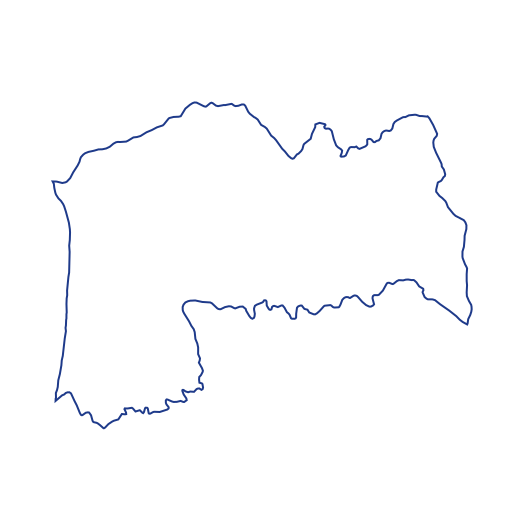 El Porvenir, Atlántida, Honduras (Albers equal-area conic projection), rotated 265°
{"feature_id": "27666195B30019857874789", "entity_name": "El Porvenir", "entity_type": "district", "adm_level": 2, "iso_a3": "HND", "parent_name": "Honduras", "parent_adm1": "Atlántida", "projection": "albers", "projection_center": [-86.935, 15.658], "detail": "fine", "context": "isolated", "style": "outline", "palette": "blue", "viewbox_px": 512, "rotation_deg": 265, "n_neighbors": 0, "source": "geoboundaries", "source_scale": "gbopen_adm2", "svg_char_len": 6080}
<svg xmlns="http://www.w3.org/2000/svg" viewBox="0 0 512 512"><g transform="rotate(265 256 256)"><path d="M348.0,59.9L345.5,60.9L341.5,61.0L336.6,61.6L334.6,62.1L330.6,64.2L327.9,66.5L324.5,68.4L322.3,69.2L316.7,70.5L305.5,72.5L298.9,72.9L295.6,72.8L288.1,71.9L282.6,70.8L276.3,70.7L255.8,68.4L251.5,67.3L238.1,64.8L233.4,64.5L230.3,63.7L224.7,63.0L216.2,62.5L214.6,62.1L210.3,61.7L208.9,61.3L203.4,60.6L201.0,60.0L197.7,60.1L190.6,58.3L173.3,54.8L169.0,53.4L164.1,52.6L155.4,50.3L149.4,48.2L142.8,47.1L139.8,46.1L137.0,44.7L132.3,44.4L131.4,44.0L129.1,43.7L134.1,50.7L134.8,52.9L136.1,54.5L136.6,56.3L136.5,58.2L135.5,59.5L134.8,59.9L127.3,62.6L122.9,64.4L115.1,66.8L113.1,67.7L112.6,68.4L112.6,69.2L114.7,72.8L114.9,74.9L114.6,76.1L111.7,77.8L106.2,78.8L105.2,79.2L104.6,79.9L103.7,82.7L103.1,83.7L101.2,85.8L97.7,89.1L97.7,89.7L98.3,90.8L101.4,94.3L103.6,98.3L104.3,100.1L105.2,104.6L110.3,108.6L109.7,111.7L109.8,112.9L111.4,112.9L114.9,111.6L115.6,112.0L115.3,114.8L115.6,119.1L114.8,120.1L111.6,122.4L112.5,126.8L109.7,129.2L109.3,129.9L110.3,130.8L114.0,132.2L114.5,132.8L114.4,133.8L114.2,134.5L113.5,134.9L108.8,135.4L108.2,135.9L108.2,137.0L109.4,139.6L109.7,140.9L109.0,146.5L110.8,154.3L111.7,155.6L112.3,155.8L113.2,155.7L115.9,153.9L117.6,153.4L120.0,153.6L120.9,154.4L120.7,155.4L118.4,159.6L117.8,161.2L117.6,164.3L118.2,168.3L117.0,170.7L116.8,171.7L118.4,174.4L120.2,174.2L124.3,171.9L127.9,170.9L128.7,170.9L129.0,171.2L128.9,172.1L127.3,173.9L126.2,176.5L126.7,178.7L126.1,182.4L128.6,185.2L129.0,186.4L129.0,188.0L127.4,190.0L128.0,191.2L129.6,191.8L133.1,191.5L133.8,191.0L134.7,188.6L137.7,188.5L140.4,188.9L142.0,190.7L143.2,191.5L145.3,192.8L146.4,193.1L149.0,192.4L154.7,189.8L156.8,190.8L158.9,191.3L163.3,189.8L169.9,190.4L173.9,189.9L178.7,188.4L185.5,188.3L188.5,187.6L192.1,185.5L196.8,183.6L204.8,179.5L207.0,178.6L208.6,178.3L211.6,178.5L213.9,179.6L215.9,181.6L216.9,184.4L217.2,186.6L217.0,191.6L214.9,198.5L213.7,206.4L212.7,208.0L207.3,212.8L206.5,213.9L206.2,215.0L206.1,216.2L207.8,220.7L208.3,224.6L207.9,226.8L206.0,229.7L205.6,230.7L206.9,235.3L206.8,238.4L204.2,241.1L202.2,241.5L196.8,244.1L194.7,245.5L193.8,246.9L194.5,248.5L195.8,249.2L198.5,249.8L202.3,249.4L204.0,249.5L206.5,250.6L207.5,252.6L209.1,258.1L209.6,259.0L211.1,260.2L211.1,261.3L210.7,262.1L209.9,262.5L205.7,262.4L202.5,263.9L201.4,264.7L201.1,265.6L201.5,266.7L203.9,267.6L204.7,268.9L204.7,270.0L203.2,273.3L204.5,276.9L204.4,278.2L202.0,279.9L197.3,281.9L195.9,283.4L194.6,284.3L190.9,285.5L190.4,286.3L190.1,288.9L190.4,290.0L191.3,290.6L195.0,291.0L200.8,292.3L201.9,293.3L202.5,294.7L202.8,296.4L202.6,297.3L199.1,299.6L198.0,302.6L195.1,304.1L192.9,308.4L192.7,309.8L193.5,311.6L195.7,314.6L200.1,319.3L200.5,320.2L200.6,325.8L200.0,326.8L198.6,328.0L198.0,329.0L197.8,330.0L197.7,333.9L198.1,334.5L200.2,335.9L204.9,338.2L206.5,340.1L207.1,341.5L207.2,342.8L206.9,344.3L206.1,345.5L206.0,346.1L207.8,349.5L208.1,350.6L207.9,351.9L207.4,353.0L206.2,354.1L201.1,357.8L197.5,361.4L195.7,364.5L195.6,366.1L196.5,368.3L197.6,369.4L203.5,368.4L205.0,368.6L206.0,369.1L206.7,370.3L206.4,374.0L206.7,375.1L210.5,379.4L216.8,383.6L217.6,384.4L217.8,385.3L217.7,386.4L216.3,389.1L216.1,389.9L216.5,390.8L218.7,394.1L219.5,396.2L218.9,400.5L219.4,403.3L219.3,405.6L218.4,409.1L218.4,410.6L218.0,411.5L215.7,413.6L211.5,415.9L208.8,419.7L207.3,419.8L205.8,418.9L205.2,418.8L200.4,420.4L198.7,422.1L197.9,423.3L197.4,428.1L196.4,430.5L191.9,435.2L184.8,443.7L178.6,450.3L174.8,453.4L172.3,456.1L169.4,460.4L170.3,460.9L174.6,461.9L178.6,464.3L181.7,465.6L184.1,466.2L186.6,466.3L188.6,466.1L192.7,464.2L197.6,462.6L201.4,462.7L208.5,463.7L212.7,463.7L219.6,464.3L225.2,465.2L226.6,464.8L229.6,463.5L235.9,461.7L237.4,461.6L242.5,462.1L247.0,463.9L253.7,465.1L258.0,465.6L264.5,467.9L268.3,468.3L271.3,467.5L273.6,466.1L278.6,458.3L280.8,456.3L287.9,451.5L292.5,450.2L294.2,449.4L297.5,446.6L299.9,444.0L304.3,441.1L306.5,441.3L313.2,443.5L313.6,444.0L314.6,446.7L315.6,447.8L318.1,449.6L319.2,451.1L320.9,451.6L325.8,450.7L328.9,448.9L331.3,448.9L332.7,448.5L343.2,444.4L349.2,442.6L353.6,442.5L355.7,443.0L357.3,443.8L359.9,446.5L361.9,447.1L371.1,443.9L378.1,440.7L380.2,439.1L380.0,438.3L380.9,433.7L381.2,431.1L382.6,428.0L382.9,426.7L382.8,420.6L381.4,417.0L381.5,414.8L381.2,413.9L378.7,408.1L377.4,405.9L375.5,404.4L371.1,402.9L369.3,401.2L368.9,399.6L369.6,397.0L369.6,395.9L369.1,394.3L368.2,392.9L366.8,391.7L362.5,390.3L360.5,388.4L360.1,386.0L359.1,384.5L359.1,383.6L359.3,383.0L361.7,381.3L362.5,380.3L362.8,379.0L362.6,377.5L362.0,376.9L357.6,376.6L356.7,375.9L355.7,374.6L353.7,368.5L354.3,367.2L356.3,365.5L355.8,363.7L356.2,360.6L356.1,359.4L355.6,358.6L353.5,357.1L348.3,354.2L347.5,352.4L347.5,349.7L347.8,349.1L348.3,348.9L351.2,350.4L353.5,351.0L354.9,350.0L357.2,347.1L359.2,345.5L365.5,343.7L373.7,342.4L375.2,341.4L376.3,340.2L376.7,338.9L376.7,336.8L377.4,335.6L378.7,335.2L379.3,335.6L380.1,336.5L380.7,336.6L381.3,336.2L383.1,330.9L381.9,326.6L379.2,326.2L372.8,322.4L368.0,320.7L363.5,313.8L362.4,313.0L358.5,311.6L356.6,310.1L354.2,307.2L353.7,305.7L350.0,302.2L349.7,300.8L350.4,299.5L352.9,297.0L357.6,293.9L360.6,291.4L369.6,286.1L371.9,284.4L374.6,281.6L382.0,277.8L383.8,276.0L386.2,272.5L391.8,269.6L393.8,267.4L394.5,266.2L398.3,262.2L400.4,260.8L406.6,258.4L407.8,257.4L408.1,256.5L408.2,255.1L407.2,251.6L407.1,248.7L407.6,247.5L409.5,245.3L409.7,244.8L409.0,238.4L409.2,237.2L408.6,231.2L409.3,229.2L412.1,226.1L412.6,224.9L412.2,223.7L409.3,219.5L409.2,218.6L409.8,217.0L414.0,210.2L414.3,208.0L413.8,206.1L412.4,203.4L409.0,198.5L401.8,193.2L401.5,191.1L401.7,186.0L401.0,181.7L400.5,180.9L395.2,175.8L394.2,174.5L392.8,168.5L390.5,163.1L388.8,157.7L385.6,151.4L384.9,147.8L384.8,144.2L381.9,138.3L381.3,136.6L381.4,130.7L381.7,128.1L381.5,126.4L380.3,123.7L377.6,119.9L376.2,116.2L375.7,112.3L375.9,108.3L375.0,103.7L374.3,98.2L373.3,94.8L372.1,92.8L369.7,90.2L367.9,89.3L365.3,88.4L361.7,86.2L355.3,81.2L349.8,77.7L346.6,74.1L346.0,72.7L345.6,69.4L347.5,63.9L348.0,59.9Z" fill="none" stroke="#1e3a8a" stroke-width="2"/></g></svg>